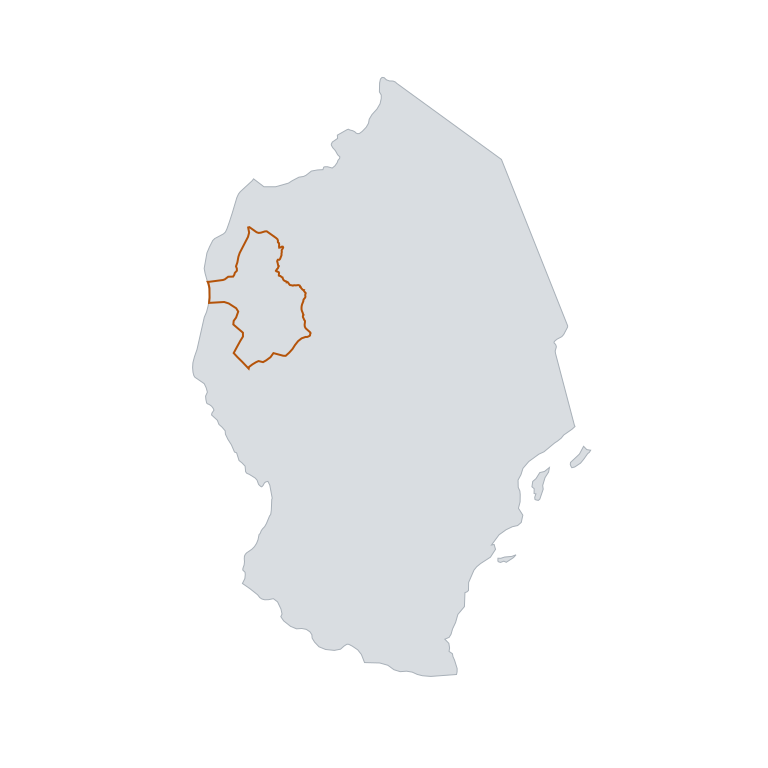 where Katavi sits in United Republic of Tanzania, rotated 36°
{"feature_id": "TZA-5584", "entity_name": "Katavi", "entity_type": "Region", "adm_level": 1, "iso_a3": "TZA", "parent_name": "United Republic of Tanzania", "parent_adm1": "", "projection": "robinson", "projection_center": [31.46, -6.489], "detail": "fine", "context": "in_parent", "style": "outline", "palette": "amber", "viewbox_px": 768, "rotation_deg": 36, "n_neighbors": 0, "source": "natural_earth", "source_scale": "10m", "svg_char_len": 6218}
<svg xmlns="http://www.w3.org/2000/svg" viewBox="0 0 768 768"><g transform="rotate(36 384 384)"><path d="M303.0,526.9L296.3,522.9L290.2,520.5L285.2,517.8L283.0,515.2L278.3,514.1L274.2,513.7L270.5,511.3L262.7,510.4L261.9,508.7L261.8,505.1L260.4,504.2L257.6,503.3L254.6,503.3L252.8,503.8L251.7,503.6L249.2,501.4L246.8,498.7L245.9,494.4L242.4,491.6L238.4,489.4L227.1,489.7L225.3,489.0L222.6,486.8L219.5,483.2L216.9,479.1L214.7,473.5L212.4,465.9L199.4,435.7L198.1,430.0L195.6,423.7L191.4,416.0L187.0,410.2L181.0,405.0L174.3,399.7L170.6,396.2L163.7,382.0L162.2,375.4L161.1,368.5L161.6,365.7L165.9,356.9L166.4,354.4L165.8,351.0L163.7,343.9L160.9,335.3L155.4,319.7L154.6,315.8L154.7,312.8L157.9,297.0L157.9,294.7L170.9,295.0L180.4,288.1L188.6,277.7L190.3,273.4L193.6,266.7L196.9,263.4L198.2,261.1L200.1,254.4L204.4,249.9L208.6,246.5L207.8,244.0L208.4,243.1L210.7,241.4L215.2,239.7L216.1,236.3L216.0,232.3L215.3,230.1L215.5,227.6L214.8,226.2L211.8,225.8L207.5,223.8L203.8,223.0L201.3,221.9L200.4,221.0L200.0,218.6L202.1,212.6L200.0,210.1L204.6,200.0L205.4,198.8L207.0,198.6L209.7,197.5L212.1,197.1L214.0,197.4L215.5,197.0L216.8,195.9L217.9,192.5L218.7,186.8L218.2,182.1L216.4,178.5L215.9,173.0L216.7,165.7L216.1,159.6L214.0,154.7L211.9,151.8L208.6,150.4L203.5,143.0L201.9,139.4L202.2,137.1L204.0,136.1L207.2,136.5L210.3,135.6L213.2,133.6L215.9,133.0L217.4,133.3L347.0,133.3L498.4,229.0L499.1,230.1L500.3,238.4L500.0,241.2L497.7,245.9L497.0,248.4L496.9,250.1L497.5,250.8L499.5,251.1L501.2,252.2L501.8,253.1L503.1,256.7L504.7,258.4L562.2,305.4L563.5,306.1L562.7,310.1L559.4,319.6L559.2,323.6L557.9,328.3L556.7,331.4L553.3,344.8L550.5,349.8L546.7,361.6L546.0,370.6L548.1,376.9L548.9,382.9L553.3,388.7L556.8,390.7L559.2,393.4L563.4,399.4L565.8,405.5L573.4,408.5L576.4,415.3L575.3,420.0L571.8,423.9L568.4,430.2L565.7,438.4L565.6,451.1L567.4,449.1L571.4,452.2L571.9,461.5L567.7,472.4L566.4,477.4L566.2,481.8L569.1,494.8L573.7,501.4L573.3,503.4L572.1,505.2L579.9,516.8L579.2,527.0L582.1,534.9L583.4,541.8L585.3,547.0L585.6,550.7L583.2,554.7L588.9,555.7L592.2,559.0L593.8,562.1L597.9,562.0L600.1,564.1L603.3,565.9L610.4,571.2L612.3,573.9L613.4,576.4L593.7,593.1L586.6,597.4L581.6,599.4L576.2,600.5L571.0,603.1L566.2,607.2L560.0,609.3L552.4,609.3L544.5,612.2L532.0,620.8L524.7,616.1L519.0,614.5L512.5,614.7L508.5,615.3L507.0,616.3L505.8,619.2L504.7,624.1L500.4,628.7L492.8,633.1L485.9,634.8L479.5,633.6L475.2,631.8L473.0,629.2L469.7,628.0L465.3,628.2L461.2,630.1L457.1,633.5L450.8,635.0L442.0,634.6L437.3,632.9L436.7,630.0L432.9,626.6L425.9,622.8L420.7,622.7L417.3,626.4L414.3,628.7L411.6,629.7L409.1,629.8L405.6,628.8L395.9,628.4L386.7,628.6L385.8,623.2L383.9,619.9L382.3,618.0L379.1,617.5L378.2,616.0L377.2,612.6L375.6,609.8L373.6,607.4L372.3,605.3L371.9,603.2L372.2,601.0L374.2,595.5L374.8,591.8L374.6,587.9L373.6,584.0L371.4,579.2L371.7,577.9L370.9,574.7L370.9,572.4L371.3,569.6L370.9,566.0L369.0,558.1L369.0,556.1L367.0,552.3L361.0,543.3L360.7,542.1L351.1,533.0L347.3,531.0L345.9,532.7L345.4,534.3L345.8,537.2L345.6,538.7L345.2,539.3L342.9,539.2L341.5,538.9L337.8,536.4L335.0,535.8L328.0,536.3L325.6,536.9L323.6,536.3L319.9,532.1L315.6,531.3L311.7,531.1L305.2,526.3L303.0,526.9ZM574.6,375.5L577.7,385.5L577.3,387.4L575.0,388.5L573.9,388.6L572.5,387.0L571.5,383.6L569.8,384.4L567.0,380.4L564.1,380.2L561.6,375.4L562.6,371.2L562.1,364.1L565.2,360.5L566.9,354.3L568.9,358.5L569.3,365.1L572.0,372.8L574.6,375.5ZM590.1,316.1L590.3,318.5L589.7,320.7L589.8,327.8L589.5,332.5L587.1,339.0L585.2,341.3L583.5,340.6L582.0,339.6L581.0,337.8L583.3,325.8L582.1,317.1L586.6,317.9L590.1,316.1ZM583.1,459.9L580.8,460.6L580.0,460.0L578.6,458.0L581.0,456.3L583.3,453.1L588.7,448.4L591.2,444.6L590.8,448.3L587.7,456.4L585.1,456.9L583.1,459.9Z" fill="#d9dde1" stroke="#a8b0b8" stroke-width="1"/><path d="M194.8,421.2L192.3,416.9L186.4,409.0L183.1,406.0L181.3,405.0L182.8,403.8L192.6,394.5L193.7,392.9L194.9,388.8L198.8,385.8L198.7,383.7L198.0,381.8L198.4,378.8L197.1,377.1L195.1,375.8L193.9,371.8L191.4,366.6L190.2,362.7L187.5,344.9L185.9,340.8L182.1,337.2L182.9,336.2L191.7,336.1L193.7,335.5L195.4,334.0L198.0,330.5L199.4,329.4L210.8,329.3L212.7,329.5L214.0,330.4L214.6,331.4L214.9,331.7L215.1,331.8L215.7,331.7L216.0,331.7L217.0,332.5L218.3,334.5L219.1,335.3L219.8,334.6L220.7,332.8L221.4,332.4L222.1,332.7L222.4,333.6L222.5,335.6L222.7,336.1L223.0,336.5L223.3,336.8L223.7,337.2L224.2,338.3L224.3,338.6L225.0,339.5L225.4,340.1L226.4,343.9L226.3,345.0L225.1,345.8L225.1,346.3L225.2,346.9L225.5,347.6L225.7,347.8L225.9,347.8L228.6,350.2L228.8,350.3L229.4,350.3L229.6,350.4L229.7,350.7L229.7,351.0L229.6,351.3L229.8,351.7L230.0,352.2L230.1,352.9L229.9,354.0L229.9,354.3L230.1,354.7L230.1,355.0L229.9,355.7L230.0,356.0L230.6,356.1L231.4,355.9L232.2,355.6L233.0,355.4L233.8,355.8L234.6,357.3L235.2,358.1L236.0,357.9L236.7,357.5L238.5,357.7L239.2,357.4L240.7,358.5L241.6,358.9L242.5,359.0L243.3,358.9L244.1,358.6L244.8,358.5L245.4,359.0L245.9,358.3L246.3,358.2L249.4,359.2L249.8,359.2L250.3,358.9L251.8,358.2L252.4,358.0L252.4,357.9L252.6,357.6L253.1,357.1L253.4,356.8L254.2,356.4L255.1,355.7L255.9,354.9L256.8,354.2L258.0,353.9L258.3,354.0L258.5,354.2L258.9,354.7L259.1,354.8L259.3,354.7L259.6,354.5L260.6,355.1L262.5,355.5L263.2,355.5L263.8,355.2L263.8,355.5L266.2,356.3L267.1,356.4L267.3,356.6L267.5,357.1L267.6,357.6L267.8,358.0L268.1,358.5L268.9,359.3L269.2,359.7L269.4,360.6L269.3,362.9L269.6,363.7L270.1,364.5L270.9,367.7L271.6,369.4L272.5,370.9L273.6,372.3L274.6,373.1L276.7,374.4L277.3,374.9L277.5,375.1L278.0,375.2L278.3,375.4L278.3,375.6L278.2,376.1L278.3,376.3L278.7,377.1L278.9,377.3L279.4,377.7L280.8,378.4L281.6,379.0L282.5,379.2L282.9,379.4L283.5,380.1L285.0,382.8L286.3,384.2L288.0,385.0L294.0,385.6L294.7,386.0L294.9,387.0L295.3,387.6L295.6,388.3L295.3,389.2L294.9,390.0L294.1,391.2L292.9,392.0L290.5,395.5L289.3,399.8L289.1,404.7L289.4,409.5L288.9,414.3L287.9,419.0L285.8,420.4L276.4,424.0L276.4,429.0L274.8,434.1L273.3,437.4L269.0,439.2L267.6,441.7L266.0,445.5L264.8,449.5L265.5,451.1L256.3,449.4L249.6,448.4L244.2,447.3L243.3,440.7L242.4,433.6L242.0,428.5L239.7,425.4L233.0,424.9L227.1,424.4L225.3,421.3L225.3,417.2L223.5,411.1L219.9,409.6L211.0,410.1L206.5,411.6L194.8,421.2Z" fill="none" stroke="#b45309" stroke-width="2"/></g></svg>